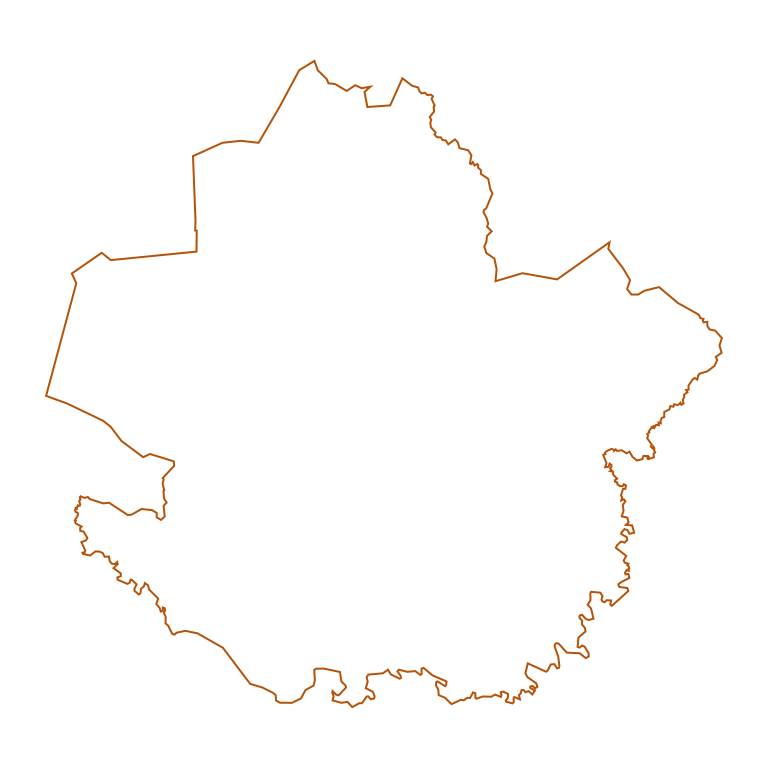 the district of Ķepovas pag., Dagdas, Latvia
{"feature_id": "27541924B57766741495860", "entity_name": "Ķepovas pag.", "entity_type": "district", "adm_level": 2, "iso_a3": "LVA", "parent_name": "Latvia", "parent_adm1": "Dagdas", "projection": "mercator", "projection_center": [27.779, 56.018], "detail": "fine", "context": "isolated", "style": "outline", "palette": "amber", "viewbox_px": 768, "rotation_deg": 0, "n_neighbors": 0, "source": "geoboundaries", "source_scale": "gbopen_adm2", "svg_char_len": 6066}
<svg xmlns="http://www.w3.org/2000/svg" viewBox="0 0 768 768"><path d="M80.3,530.9L83.6,531.6L87.4,538.0L85.9,540.4L81.4,542.1L85.3,550.6L84.7,552.3L82.5,552.7L82.9,553.9L90.1,555.5L95.4,551.4L99.4,551.6L102.7,553.0L104.6,556.7L109.0,556.6L109.7,561.2L111.8,563.7L114.9,564.0L117.2,562.0L117.7,564.1L113.5,568.1L120.8,573.4L120.8,576.2L117.3,577.5L117.7,579.8L127.5,583.9L129.7,582.6L130.6,579.6L132.0,580.0L136.6,584.4L134.3,589.1L134.6,590.9L138.9,594.5L140.4,593.4L141.0,589.0L144.0,586.1L144.9,583.1L148.0,585.3L149.1,589.5L158.2,598.6L156.3,604.0L159.7,608.1L160.8,611.6L162.7,611.1L162.8,607.5L164.7,608.2L165.0,610.4L163.9,613.2L165.7,616.6L165.5,623.3L168.2,625.7L172.2,633.8L174.5,634.6L176.6,632.7L185.4,630.8L197.6,633.4L222.8,647.7L250.2,683.9L262.2,687.4L272.9,692.8L275.7,695.0L276.0,700.5L279.9,702.7L292.0,702.8L300.9,698.5L305.5,690.1L313.5,685.6L314.9,680.2L314.2,670.0L316.1,668.7L324.2,668.6L340.0,672.0L341.4,681.5L345.6,685.6L346.0,687.5L338.7,695.3L336.1,694.6L332.6,691.1L332.3,693.0L333.6,696.1L332.6,700.4L341.3,702.8L347.5,701.9L352.3,707.1L359.3,703.2L362.0,703.2L366.7,696.5L368.3,696.4L370.7,699.3L374.2,698.4L374.6,696.2L372.8,691.7L365.8,688.2L367.7,681.7L366.6,677.3L368.3,674.6L382.9,673.3L388.0,669.7L390.8,674.4L399.7,678.7L400.9,678.0L400.7,675.9L397.4,671.4L398.8,669.7L407.2,671.8L415.3,671.1L420.4,674.9L421.6,674.0L421.6,668.6L423.6,667.9L432.5,675.4L446.5,681.4L446.1,685.2L445.1,686.2L437.5,681.4L436.3,682.0L436.0,685.5L438.3,689.5L438.7,695.1L444.9,697.7L451.5,704.1L460.8,699.8L463.7,700.3L467.3,697.8L470.0,698.0L473.1,692.4L475.3,693.2L475.4,697.8L476.4,698.7L482.8,696.5L491.3,696.7L495.0,694.6L500.9,696.9L501.5,695.5L500.8,692.2L503.2,691.6L508.2,694.1L507.7,698.3L505.8,700.3L505.9,701.6L512.5,703.4L513.7,702.3L513.6,698.3L514.4,697.0L519.9,699.4L519.0,694.9L520.6,693.7L521.5,690.2L523.6,690.0L525.5,692.2L528.6,691.1L532.3,694.5L535.0,690.5L530.3,688.0L530.3,686.5L532.4,686.0L535.2,688.3L537.4,686.9L536.2,683.3L527.4,677.1L525.4,673.2L527.8,663.4L546.0,671.7L547.7,670.6L550.6,664.6L554.3,664.1L557.0,668.4L558.9,667.8L559.4,665.9L558.2,656.4L554.6,646.5L555.0,644.2L556.4,643.2L558.8,643.7L566.7,652.6L579.8,653.3L585.7,658.1L588.7,656.5L588.6,653.1L584.7,646.8L582.2,645.5L579.5,647.6L577.6,646.9L578.5,637.5L585.5,631.5L584.9,627.8L582.0,624.5L582.1,620.8L579.4,617.7L579.8,615.5L582.1,614.8L585.8,618.9L588.6,620.0L593.5,618.7L591.1,608.6L587.7,604.7L590.5,600.2L590.3,593.6L591.1,591.8L600.3,592.7L602.5,596.0L601.5,599.5L602.2,601.2L604.5,602.3L606.8,600.2L611.1,600.5L610.3,604.7L611.8,605.9L628.3,591.0L627.3,588.0L619.4,587.0L618.5,585.5L618.4,584.2L621.2,582.1L629.4,577.9L628.4,574.0L625.6,574.4L624.9,572.8L626.6,570.2L628.6,570.7L627.9,569.4L629.2,568.8L628.8,566.3L627.3,565.2L628.4,563.7L624.7,562.7L623.7,560.5L626.2,555.9L615.9,547.8L616.9,545.4L621.0,541.5L624.6,542.6L627.3,540.0L626.8,537.2L621.3,534.1L621.3,532.7L624.5,529.1L627.6,530.2L629.5,533.8L634.2,532.7L632.1,525.4L625.9,524.9L628.6,522.4L627.3,517.6L621.8,516.4L623.5,510.7L622.8,505.0L625.4,501.2L623.8,499.3L621.3,500.4L622.1,497.7L621.0,495.5L623.0,488.9L625.3,488.8L626.0,485.6L623.9,484.2L622.7,486.2L620.0,486.1L617.4,484.4L617.3,482.4L615.1,481.8L614.8,480.3L617.1,478.7L613.2,474.7L613.1,471.9L610.3,471.1L611.6,470.4L610.1,468.4L611.4,466.9L611.5,465.1L609.6,463.6L608.6,466.7L605.2,467.2L606.5,463.0L603.2,455.0L605.4,454.1L604.8,453.0L606.6,451.2L611.4,448.9L614.0,449.7L614.2,450.9L615.7,449.4L616.9,450.9L621.7,450.3L626.6,453.3L629.5,451.6L632.3,456.6L636.9,460.5L642.4,459.1L643.4,456.0L648.3,456.1L648.8,456.8L647.3,458.1L648.2,459.2L653.9,457.3L653.5,453.8L655.2,452.3L654.1,450.4L654.4,448.2L653.3,446.5L652.6,448.3L650.8,446.7L651.7,444.5L647.2,438.3L648.1,435.6L647.3,434.0L649.3,432.5L648.8,431.5L652.2,426.6L653.7,426.2L653.0,428.0L654.2,428.2L656.1,424.8L658.9,425.2L658.5,422.6L660.8,423.3L660.5,420.8L661.9,417.8L664.2,417.1L664.3,411.9L669.4,409.5L670.4,406.0L673.3,406.7L674.3,404.3L678.0,405.1L680.5,402.7L681.3,404.8L683.5,403.6L682.8,399.8L684.4,396.7L683.9,394.8L687.5,392.2L686.1,390.0L688.6,389.6L688.5,385.6L692.8,379.2L695.0,378.1L697.3,379.6L698.1,375.7L699.5,373.7L707.4,371.3L714.6,365.8L717.2,360.1L715.8,356.9L721.6,352.8L719.5,345.5L721.9,338.1L715.3,330.7L709.5,329.4L707.4,326.1L707.3,321.8L703.6,322.4L702.8,320.6L703.5,318.9L700.4,318.2L698.8,314.7L677.9,303.0L659.0,287.1L644.2,290.8L638.2,294.5L631.3,294.5L627.1,289.0L630.1,280.2L623.0,268.2L608.3,248.9L609.5,242.3L557.1,279.4L522.4,273.2L495.5,281.2L496.6,269.1L494.4,258.6L486.4,253.1L484.3,246.5L486.4,241.7L487.0,235.9L491.7,231.3L487.1,226.8L488.2,223.5L486.4,217.5L483.5,212.2L484.0,210.0L486.2,208.4L492.5,193.3L490.3,189.3L488.2,178.8L480.9,174.0L480.9,170.1L478.1,167.7L478.2,165.2L477.3,164.0L474.6,165.5L472.8,162.1L471.3,164.1L469.9,163.4L471.4,155.3L468.1,150.2L459.5,148.2L457.7,142.2L454.9,139.4L448.3,144.3L445.9,140.5L442.4,139.9L440.9,137.4L437.0,137.2L434.5,134.5L435.6,132.5L430.9,127.3L430.3,122.7L431.3,119.9L429.7,117.0L434.0,111.7L433.7,106.7L434.7,105.6L431.6,98.9L433.0,96.4L431.0,94.7L427.3,95.0L424.9,92.7L421.6,93.4L419.4,91.2L418.2,87.5L412.1,85.8L402.4,78.3L390.2,105.4L367.4,107.0L364.5,92.0L370.4,86.7L361.7,88.2L355.2,85.2L346.7,90.9L335.0,84.0L328.5,83.3L326.6,78.9L317.8,70.3L314.4,60.9L299.2,70.2L279.4,107.2L258.6,142.8L240.7,140.8L222.4,142.8L193.0,156.1L195.5,220.9L195.2,230.5L196.7,230.6L196.5,251.6L110.8,260.1L101.7,252.8L71.8,273.5L76.3,283.2L46.1,395.9L67.3,403.6L103.1,420.8L110.7,426.8L121.5,441.0L143.2,457.2L150.0,454.0L173.7,461.3L174.2,465.8L162.7,478.1L163.7,479.1L162.6,483.4L164.2,490.3L163.5,491.0L164.0,498.3L166.6,502.6L163.6,505.8L164.7,516.5L161.1,519.9L156.7,517.3L156.7,512.9L152.0,510.1L141.5,509.0L131.9,514.5L127.9,515.1L109.0,502.7L103.3,503.4L89.6,499.0L87.9,497.0L84.4,497.9L80.6,496.3L79.8,497.3L80.5,499.5L79.2,500.9L80.2,504.5L79.6,505.8L77.8,505.3L77.4,507.3L75.8,507.8L76.7,509.1L75.1,509.7L75.4,511.8L77.7,512.7L77.9,515.4L74.9,520.3L75.8,520.7L75.1,521.9L75.7,523.4L81.6,526.6L80.1,528.1L80.3,530.9Z" fill="none" stroke="#b45309" stroke-width="2"/></svg>